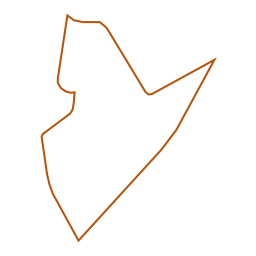 SVG path tracing the border of Quirino
{"feature_id": "PHL-2554", "entity_name": "Quirino", "entity_type": "Province", "adm_level": 1, "iso_a3": "PHL", "parent_name": "Philippines", "parent_adm1": "", "projection": "equal_earth", "projection_center": [121.517, 16.288], "detail": "fine", "context": "isolated", "style": "outline", "palette": "amber", "viewbox_px": 256, "rotation_deg": 0, "n_neighbors": 0, "source": "natural_earth", "source_scale": "10m", "svg_char_len": 426}
<svg xmlns="http://www.w3.org/2000/svg" viewBox="0 0 256 256"><path d="M214.4,59.8L176.4,129.8L161.6,149.4L78.5,240.6L52.7,193.5L49.4,184.2L47.1,174.3L41.6,136.7L42.8,134.0L70.1,113.6L72.5,109.8L73.6,104.1L74.6,92.4L70.1,92.7L65.0,91.1L60.6,87.7L57.8,82.8L57.8,78.6L67.4,15.4L73.9,20.2L82.7,22.1L87.8,22.1L99.9,22.1L106.7,27.9L145.5,92.0L148.6,94.5L151.8,94.1L214.4,59.8Z" fill="none" stroke="#b45309" stroke-width="2"/></svg>